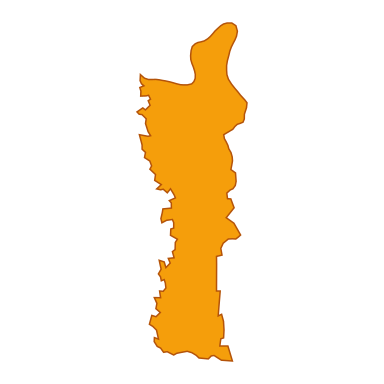 outline of Itatiba do Sul, Rio Grande do Sul, Brazil
{"feature_id": "56859067B16431259864776", "entity_name": "Itatiba do Sul", "entity_type": "district", "adm_level": 2, "iso_a3": "BRA", "parent_name": "Brazil", "parent_adm1": "Rio Grande do Sul", "projection": "equal_earth", "projection_center": [-52.482, -27.355], "detail": "fine", "context": "isolated", "style": "filled", "palette": "amber", "viewbox_px": 384, "rotation_deg": 0, "n_neighbors": 0, "source": "geoboundaries", "source_scale": "gbopen_adm2", "svg_char_len": 2573}
<svg xmlns="http://www.w3.org/2000/svg" viewBox="0 0 384 384"><path d="M235.9,25.7L231.8,23.0L227.1,23.0L223.5,24.0L220.8,25.7L217.8,28.4L215.1,30.9L212.8,33.7L210.2,36.6L207.7,38.8L204.3,40.9L200.8,41.9L197.9,42.5L195.2,43.8L192.3,46.5L191.1,50.6L190.6,55.7L190.8,59.6L191.9,63.4L193.3,66.9L194.6,71.0L195.3,74.4L195.2,78.4L193.9,81.6L191.7,83.9L187.3,84.9L183.4,84.9L180.4,84.7L176.7,83.8L172.9,82.7L169.6,81.8L165.4,80.9L162.3,80.4L159.2,79.8L155.8,79.4L152.2,79.5L148.4,79.5L144.5,78.2L140.4,74.6L140.1,80.7L141.5,83.8L143.9,85.8L139.8,87.5L140.9,91.2L140.7,96.1L146.1,95.9L148.6,95.3L150.5,99.2L148.2,100.7L150.1,105.3L145.4,109.9L142.8,107.9L137.0,111.9L139.1,114.2L142.0,114.6L146.2,118.8L145.5,123.5L148.1,131.7L150.6,135.7L148.0,136.3L139.4,134.7L142.1,145.0L142.1,149.2L145.5,152.4L144.5,157.6L149.8,161.0L151.6,165.9L149.9,169.2L155.5,174.5L154.7,180.4L161.3,184.6L156.7,188.9L160.6,189.8L163.2,189.2L167.3,192.8L170.5,188.8L174.1,194.8L175.4,197.9L169.3,200.6L171.3,202.9L171.4,208.1L162.9,208.9L162.3,212.6L160.9,218.6L161.9,222.8L166.6,220.3L172.4,219.5L173.7,222.7L173.7,228.1L170.8,229.0L170.5,235.3L177.4,239.2L175.3,242.4L175.1,249.6L172.4,251.6L174.1,257.8L168.3,258.4L170.2,263.1L165.9,267.6L164.2,261.9L159.2,260.3L161.1,269.2L158.4,273.9L160.5,276.8L161.3,280.8L164.2,279.6L165.3,283.0L165.9,288.0L163.2,291.3L159.6,291.0L160.6,297.7L154.3,297.6L156.9,303.4L155.9,308.7L160.3,312.5L156.0,316.7L151.8,315.4L149.4,324.3L152.8,326.4L156.5,330.1L158.5,339.1L154.4,337.6L154.2,341.6L157.2,346.4L160.6,348.1L163.6,352.3L167.2,351.7L173.7,355.0L176.7,353.3L181.2,352.4L187.2,351.3L191.9,352.7L196.2,355.3L199.0,358.0L208.3,358.9L211.3,355.9L214.1,355.5L221.4,360.2L232.4,361.0L227.9,346.0L219.8,346.0L220.8,338.8L223.6,337.9L224.0,329.9L223.5,321.3L221.6,314.3L218.2,315.9L219.0,305.6L220.2,291.0L216.5,291.0L216.6,264.4L216.5,256.4L222.0,255.1L220.8,248.4L223.2,243.2L228.3,239.0L232.4,238.8L235.8,239.0L238.3,237.1L240.6,235.0L233.9,223.2L226.2,217.7L234.1,207.8L230.8,198.9L227.5,198.7L226.8,193.1L230.3,189.9L232.9,188.8L235.3,185.5L236.1,181.4L235.5,172.9L230.9,169.6L231.8,164.9L232.5,160.8L232.2,156.9L231.0,152.6L228.8,148.8L227.9,145.4L226.1,141.7L224.4,138.7L223.7,134.7L232.9,129.2L234.9,126.5L237.3,124.3L240.1,123.4L243.0,122.2L244.3,119.0L244.4,114.2L246.5,107.7L247.0,102.8L244.8,99.9L242.7,97.6L240.3,95.0L237.9,91.9L234.9,88.4L231.5,84.1L228.4,79.2L226.9,74.6L226.6,70.3L226.6,65.5L227.4,60.7L228.9,55.1L229.8,51.2L231.3,47.1L233.2,43.2L234.9,40.0L236.5,36.2L237.4,31.2L235.9,25.7Z" fill="#f59e0b" stroke="#b45309" stroke-width="1.5"/></svg>